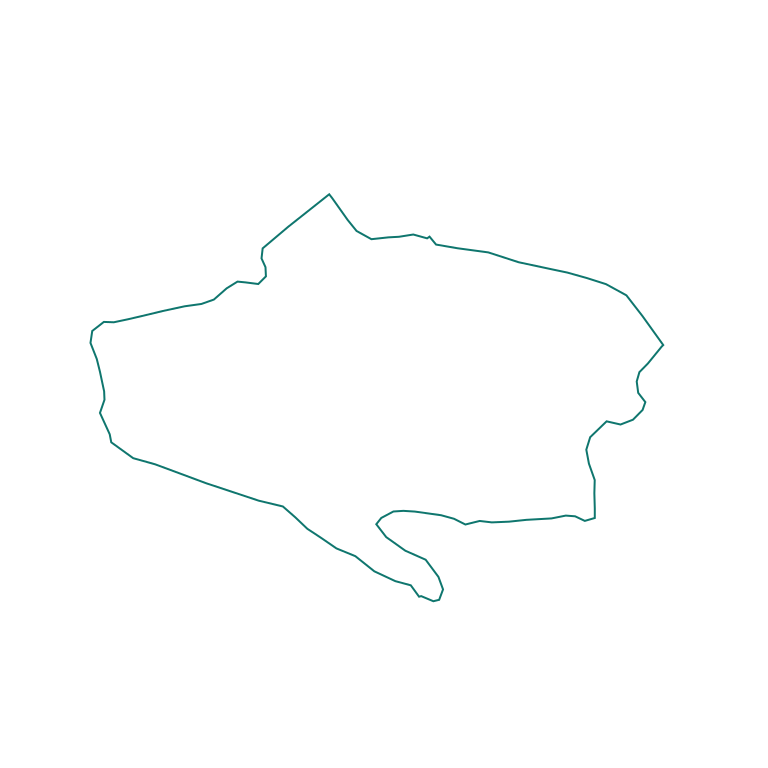 Kalix, Norrbotten, Sweden (Albers equal-area conic projection), rotated 315°
{"feature_id": "70781695B60696857291405", "entity_name": "Kalix", "entity_type": "district", "adm_level": 2, "iso_a3": "SWE", "parent_name": "Sweden", "parent_adm1": "Norrbotten", "projection": "albers", "projection_center": [22.934, 65.977], "detail": "fine", "context": "isolated", "style": "outline", "palette": "teal", "viewbox_px": 768, "rotation_deg": 315, "n_neighbors": 0, "source": "geoboundaries", "source_scale": "gbopen_adm2", "svg_char_len": 1426}
<svg xmlns="http://www.w3.org/2000/svg" viewBox="0 0 768 768"><g transform="rotate(315 384 384)"><path d="M479.4,211.1L427.5,205.1L394.1,202.3L386.2,208.6L382.8,217.6L376.6,224.4L365.8,224.4L357.9,214.2L352.8,208.0L340.4,205.1L323.4,204.0L311.5,198.3L298.0,188.1L279.4,176.1L260.8,164.7L248.9,157.3L236.6,149.3L229.8,142.0L215.2,140.2L205.5,147.4L198.6,163.2L191.8,174.5L180.9,191.3L175.2,197.5L162.7,203.6L154.5,225.6L150.3,231.8L149.9,232.4L154.2,259.1L165.4,279.0L188.2,328.7L212.9,377.9L225.9,399.1L227.0,415.6L227.4,432.2L230.7,448.2L234.1,466.6L242.0,485.5L244.7,509.6L252.6,531.4L260.6,545.3L258.4,559.2L260.3,560.3L265.3,572.5L270.4,575.6L280.5,571.0L286.1,558.9L289.2,537.7L281.2,517.0L277.3,493.8L279.4,477.7L287.4,476.8L300.5,480.8L308.0,487.4L315.6,496.0L331.6,517.2L338.2,528.8L342.2,540.9L347.2,543.9L354.8,548.5L362.4,558.1L375.0,569.7L388.7,580.8L407.4,597.5L419.5,605.6L425.6,612.7L429.2,622.8L438.3,627.8L444.9,621.2L455.5,610.0L465.1,600.9L472.6,585.2L480.6,573.5L492.2,567.4L515.0,567.8L522.6,579.9L534.8,585.3L548.5,585.2L556.0,581.6L557.5,570.0L564.5,560.9L573.0,556.2L585.1,556.1L606.8,553.9L609.0,553.9L614.8,518.7L618.1,492.7L611.6,470.4L602.4,452.6L592.4,434.8L584.3,422.4L565.3,393.1L550.8,364.7L531.9,339.9L519.4,322.2L520.4,312.0L517.5,311.5L510.4,299.0L498.7,290.5L490.9,283.5L477.5,272.7L472.8,256.4L474.3,242.3L478.8,215.9L479.4,211.1Z" fill="none" stroke="#0f766e" stroke-width="2"/></g></svg>